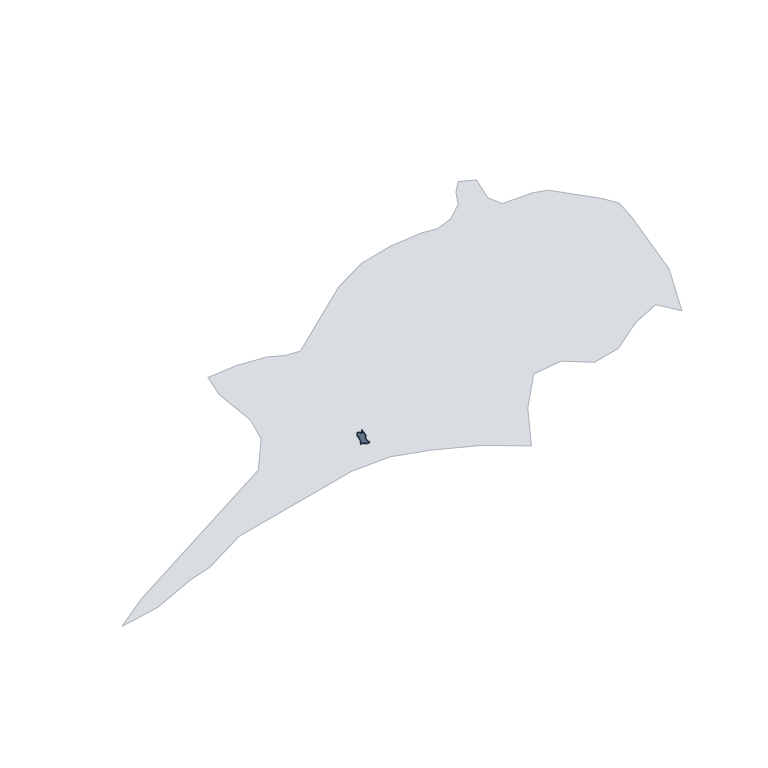 Kalyvakia, Cyprus (highlighted), rotated 168°
{"feature_id": "46923920B14026353956813", "entity_name": "Kalyvakia", "entity_type": "district", "adm_level": 2, "iso_a3": "CYP", "parent_name": "Cyprus", "parent_adm1": "", "projection": "orthographic", "projection_center": [33.542, 35.261], "detail": "fine", "context": "in_parent", "style": "filled", "palette": "slate", "viewbox_px": 768, "rotation_deg": 168, "n_neighbors": 0, "source": "geoboundaries", "source_scale": "gbopen_adm2", "svg_char_len": 1947}
<svg xmlns="http://www.w3.org/2000/svg" viewBox="0 0 768 768"><g transform="rotate(168 384 384)"><path d="M547.4,408.0L554.8,427.0L523.7,432.8L492.6,434.8L475.2,432.4L459.0,433.5L408.4,488.1L381.1,506.6L348.7,517.6L315.6,524.0L299.0,524.8L284.4,531.6L274.1,544.2L273.8,556.5L269.3,566.6L251.2,564.4L243.7,544.5L230.9,535.9L198.7,540.1L183.1,539.4L131.9,520.0L116.5,512.1L107.0,495.8L81.2,437.0L77.4,393.7L101.8,405.1L124.9,391.9L147.2,370.2L173.5,361.5L189.9,365.5L206.2,369.5L235.5,362.7L248.4,330.3L252.7,292.8L302.1,303.8L352.3,309.6L393.3,311.5L433.8,305.4L557.6,265.1L592.4,241.0L614.0,232.7L651.5,212.7L690.6,201.4L665.7,224.5L524.8,325.9L515.6,355.9L522.1,376.5L542.2,401.5L547.4,408.0Z" fill="#d9dde1" stroke="#a8b0b8" stroke-width="1"/><path d="M412.4,336.9L412.6,337.4L412.6,337.8L412.6,338.2L413.0,338.6L413.2,338.9L413.3,339.3L413.3,339.6L413.4,339.9L413.8,340.1L413.8,340.4L414.2,340.5L414.5,340.7L414.4,340.9L414.3,341.2L414.8,341.3L414.7,341.5L414.5,341.8L414.5,342.3L414.7,342.8L414.8,343.1L415.1,343.5L415.3,343.2L415.5,342.7L415.8,342.1L415.8,341.5L416.0,341.0L416.3,340.7L417.0,340.6L417.0,341.0L417.1,341.4L417.4,341.6L417.7,341.8L418.0,341.8L418.5,341.7L418.9,341.8L419.2,342.1L419.7,342.0L420.1,341.8L420.4,341.7L420.6,341.3L420.7,340.8L420.7,340.4L420.7,339.6L420.9,339.3L421.1,338.9L420.8,338.4L420.4,338.3L420.2,337.9L420.2,337.4L420.1,337.1L419.7,336.8L419.5,336.4L419.5,335.9L419.7,335.4L419.4,334.9L419.2,334.5L418.9,333.6L418.8,333.2L419.0,332.4L419.0,331.9L419.1,331.3L419.3,330.8L419.1,329.9L418.6,330.2L418.0,330.6L417.1,330.6L416.6,330.5L416.1,330.0L415.9,329.7L415.4,329.5L415.1,329.6L414.9,330.2L414.5,330.0L413.8,329.7L413.6,329.4L413.3,329.2L412.6,329.2L411.9,329.3L411.2,329.5L410.4,329.9L410.3,330.2L410.4,330.7L410.7,330.6L411.3,331.0L412.1,332.0L412.6,332.7L412.6,333.2L412.9,334.0L413.1,334.7L413.3,335.4L413.0,336.2L412.6,336.7L412.4,336.9Z" fill="#64748b" stroke="#1e293b" stroke-width="1.5"/></g></svg>